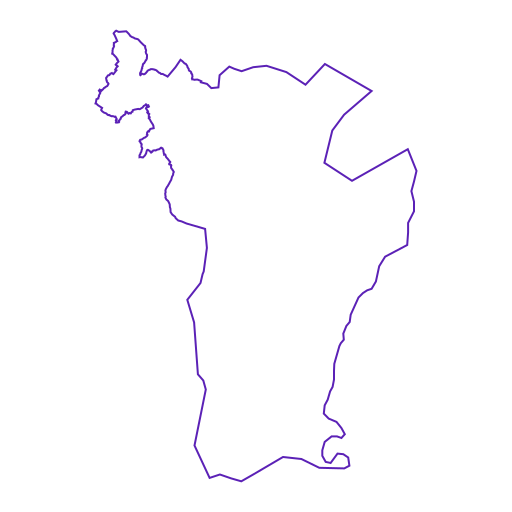 outline of Ona Ara, Oyo, Nigeria
{"feature_id": "59680162B85361781814064", "entity_name": "Ona Ara", "entity_type": "district", "adm_level": 2, "iso_a3": "NGA", "parent_name": "Nigeria", "parent_adm1": "Oyo", "projection": "robinson", "projection_center": [3.959, 7.252], "detail": "fine", "context": "isolated", "style": "outline", "palette": "violet", "viewbox_px": 512, "rotation_deg": 0, "n_neighbors": 0, "source": "geoboundaries", "source_scale": "gbopen_adm2", "svg_char_len": 5889}
<svg xmlns="http://www.w3.org/2000/svg" viewBox="0 0 512 512"><path d="M407.8,149.2L352.0,180.8L324.4,162.8L332.3,130.5L344.1,114.7L371.6,91.0L324.9,64.0L305.5,84.7L286.4,72.1L266.5,65.8L253.2,67.2L241.6,71.2L234.3,68.8L229.3,66.6L219.6,75.2L218.4,87.4L211.3,88.1L207.0,83.9L200.9,82.3L201.3,81.2L197.6,79.6L196.1,79.6L194.3,79.8L193.0,79.3L192.2,79.4L191.9,78.5L192.2,77.4L192.5,76.7L192.3,75.8L192.3,74.9L192.1,74.3L192.0,74.1L191.3,73.5L191.4,73.2L191.2,72.3L190.6,71.5L189.2,70.7L188.8,70.0L188.7,68.9L187.5,67.2L187.4,66.3L186.9,65.4L185.8,63.9L185.2,63.6L184.6,63.5L182.4,61.2L180.5,59.8L175.5,67.2L167.6,76.6L165.9,75.6L164.5,75.0L163.0,74.1L162.0,73.9L161.2,74.0L160.8,73.8L160.0,73.0L158.8,72.6L157.6,71.4L157.1,71.1L156.8,70.6L155.9,70.1L155.3,69.8L154.7,69.8L154.3,69.5L153.2,69.4L153.0,69.2L151.3,69.1L150.6,69.2L150.0,69.7L149.3,69.8L149.0,70.0L147.6,70.7L146.7,72.1L146.1,72.6L145.8,73.2L145.1,73.6L144.7,74.1L143.8,74.3L141.7,73.6L141.0,74.3L140.8,74.9L140.4,75.2L140.2,75.0L140.1,74.0L140.1,73.1L141.5,70.4L141.7,69.0L142.2,68.4L142.1,67.3L142.6,66.3L142.9,64.5L143.1,64.3L143.2,63.8L143.7,63.4L144.1,63.3L144.3,63.0L145.3,61.3L145.7,60.3L146.1,60.2L146.3,59.9L146.9,58.5L146.8,57.6L147.0,57.2L147.0,54.9L146.4,54.0L145.9,52.9L145.7,51.8L146.1,50.9L146.0,49.9L145.7,49.1L145.4,48.7L145.4,48.1L145.1,47.3L145.2,46.3L145.1,46.0L144.0,45.4L140.6,42.1L138.3,39.5L137.5,39.1L134.7,38.4L133.6,37.6L132.0,37.1L131.4,36.6L130.5,36.2L129.0,34.1L126.9,31.9L126.2,31.3L118.7,31.9L116.2,30.7L115.2,31.4L114.5,32.3L113.8,33.0L113.6,33.5L114.5,34.9L116.2,38.6L117.2,41.1L116.4,41.4L115.9,42.0L113.8,42.9L113.8,43.1L114.0,43.7L113.7,45.2L114.1,46.0L113.8,46.7L113.6,47.5L112.8,48.6L112.8,49.3L112.5,50.6L112.6,52.2L112.3,52.9L112.2,53.7L112.9,53.9L116.3,57.5L116.7,58.2L117.1,59.5L117.5,59.4L118.2,61.0L118.5,61.6L116.8,63.2L115.7,64.7L117.0,65.9L117.3,65.8L117.7,66.3L116.8,67.2L116.2,68.0L115.2,69.7L116.4,70.3L113.4,74.1L112.3,73.5L111.9,73.0L111.2,73.4L110.4,73.6L109.4,75.1L109.0,75.1L107.8,75.5L107.2,76.6L106.2,77.7L106.1,78.3L106.4,79.3L106.3,79.9L106.8,80.7L106.8,81.5L107.3,82.4L107.9,82.8L108.5,83.8L108.4,84.1L107.3,86.0L105.3,87.1L104.7,87.8L104.0,88.0L103.1,89.2L101.4,90.8L101.0,90.2L100.4,90.7L99.7,89.7L98.9,90.6L100.3,92.9L98.9,95.5L99.0,95.9L99.0,96.4L98.3,97.6L98.3,98.5L96.9,99.0L96.6,99.4L96.4,99.4L96.0,102.0L95.5,103.5L96.5,103.8L97.9,105.2L102.1,107.9L101.3,109.5L101.2,110.1L102.1,111.2L103.8,112.5L106.4,113.5L107.6,114.8L108.5,115.1L108.8,114.9L109.3,115.0L109.8,115.3L110.3,115.8L110.6,115.8L111.9,116.3L112.5,116.1L113.9,116.4L115.3,117.2L115.6,116.9L116.7,119.0L116.1,119.7L115.8,120.4L115.9,120.6L116.4,120.7L116.5,121.0L116.3,121.6L116.3,122.1L115.9,122.4L116.0,122.6L117.8,122.5L118.3,122.3L118.9,122.3L119.1,122.1L119.1,121.4L118.9,120.8L119.3,120.8L119.9,119.4L120.8,118.7L120.8,117.9L121.3,117.0L122.4,116.4L123.7,115.1L124.5,114.9L125.3,114.1L125.4,113.2L125.5,112.9L126.0,112.8L126.0,112.6L125.5,112.2L125.7,111.6L126.8,111.8L127.3,112.2L128.2,113.5L128.6,113.7L128.8,113.4L129.5,113.0L130.5,113.4L130.8,113.4L131.6,112.0L132.5,111.7L132.5,111.2L132.7,110.9L132.8,110.2L134.6,109.6L137.7,109.0L138.3,108.9L138.9,109.1L139.9,109.1L142.6,107.5L143.8,105.9L144.9,105.4L146.0,104.3L146.3,104.5L146.7,105.5L148.3,105.2L148.9,106.6L148.3,107.0L146.9,107.3L146.0,108.1L145.9,108.4L148.0,111.3L147.2,112.3L147.7,113.1L148.1,112.7L148.4,113.2L149.3,114.0L149.0,114.7L148.8,115.4L148.8,116.6L149.1,116.7L149.7,117.2L149.5,117.6L148.8,118.2L150.0,119.7L150.8,121.4L152.9,124.6L153.4,125.9L153.7,128.2L150.4,128.9L149.8,129.7L148.9,131.6L148.6,131.6L148.2,131.2L147.3,132.2L147.1,132.6L147.1,133.7L146.9,134.3L147.5,134.8L147.4,135.3L146.9,136.0L145.1,137.5L144.1,137.8L141.7,139.5L140.2,139.8L139.7,140.7L139.5,141.2L139.8,141.7L140.2,141.9L140.6,142.3L140.8,143.4L141.6,144.0L141.7,144.6L141.5,145.2L141.4,146.2L141.6,147.2L142.1,147.9L142.2,148.2L142.2,148.7L141.6,150.1L141.6,150.4L141.3,151.8L140.5,153.1L140.2,154.3L139.8,154.8L139.5,155.3L139.5,157.2L140.2,157.0L141.3,157.3L141.8,157.2L142.9,157.5L145.0,155.4L145.7,154.0L146.1,153.6L146.2,152.8L146.8,150.7L147.0,150.2L147.7,149.8L148.1,149.9L149.7,151.0L151.1,152.6L151.4,152.4L151.4,151.9L151.9,151.5L152.4,151.6L153.2,150.5L155.0,150.3L155.7,150.5L156.8,149.8L158.6,149.3L159.0,149.3L159.9,148.7L160.8,147.8L161.1,147.7L161.5,148.2L162.4,148.2L163.5,150.3L163.4,151.2L163.7,152.3L163.7,153.0L164.1,154.0L164.1,154.6L165.0,154.4L165.3,154.6L166.0,156.8L166.3,157.3L167.8,158.9L169.6,161.3L170.2,161.8L170.3,162.0L170.2,162.3L169.4,163.3L169.1,164.0L169.3,164.4L171.0,164.9L171.3,165.4L171.0,166.6L171.1,167.4L171.3,168.3L172.2,169.3L172.5,170.0L173.1,170.5L173.4,171.4L173.8,171.9L173.7,172.3L173.2,173.3L173.1,174.8L172.0,176.8L171.2,179.8L169.6,182.6L169.1,183.7L168.5,184.6L167.9,185.8L166.9,187.1L165.7,189.4L165.4,190.8L165.6,191.8L165.6,192.5L165.2,193.3L165.4,195.5L165.7,196.6L165.4,197.5L166.3,199.4L168.2,201.1L169.7,204.3L169.9,207.2L170.4,208.6L170.6,212.1L172.2,214.5L175.1,216.8L175.7,218.2L178.2,220.5L181.6,221.4L186.5,223.5L205.1,228.9L206.9,247.9L203.7,271.5L202.6,274.1L200.5,283.0L187.3,299.8L194.1,322.4L197.9,374.3L203.3,380.5L205.8,389.5L194.5,445.5L209.6,477.9L219.9,474.5L231.2,478.4L241.3,481.3L253.2,474.5L283.0,457.0L301.4,459.0L319.3,467.8L344.3,468.4L349.4,465.7L348.2,457.5L343.3,454.2L337.5,453.6L330.6,463.0L325.7,461.9L322.3,455.8L322.3,450.3L324.7,441.9L331.6,436.4L337.0,436.4L341.4,438.0L344.8,434.2L341.4,428.0L336.5,421.9L328.7,418.6L323.8,413.6L324.7,405.3L327.7,399.7L330.1,391.4L332.6,386.9L334.0,379.5L334.0,370.8L334.3,363.8L339.4,346.0L340.8,343.2L343.8,339.7L343.3,333.6L346.4,325.9L349.7,322.0L350.7,314.7L358.5,297.5L362.9,293.1L367.2,290.3L371.6,288.8L375.9,281.5L379.2,266.2L385.1,256.7L407.2,245.0L408.1,232.5L408.1,222.9L414.0,211.3L414.0,201.7L411.4,191.1L414.0,181.5L416.5,170.9L407.8,149.2Z" fill="none" stroke="#5b21b6" stroke-width="2"/></svg>